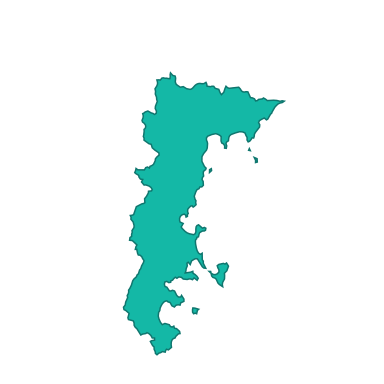 Ubatuba, São Paulo, Brazil, rotated 322°
{"feature_id": "56859067B10562260302703", "entity_name": "Ubatuba", "entity_type": "district", "adm_level": 2, "iso_a3": "BRA", "parent_name": "Brazil", "parent_adm1": "São Paulo", "projection": "natural_earth1", "projection_center": [-45.033, -23.396], "detail": "fine", "context": "isolated", "style": "filled", "palette": "teal", "viewbox_px": 384, "rotation_deg": 322, "n_neighbors": 0, "source": "geoboundaries", "source_scale": "gbopen_adm2", "svg_char_len": 6073}
<svg xmlns="http://www.w3.org/2000/svg" viewBox="0 0 384 384"><g transform="rotate(322 192 192)"><path d="M248.4,84.9L247.0,86.1L245.9,87.7L244.4,89.1L243.1,88.0L242.1,86.7L240.8,85.8L239.7,84.4L238.4,83.7L236.0,84.3L234.8,83.1L233.3,82.1L232.5,84.1L231.3,85.7L229.5,86.8L226.4,87.9L225.2,90.3L223.4,92.2L222.4,95.5L221.1,97.4L220.5,99.2L216.0,101.9L214.4,103.6L213.8,106.3L212.2,108.0L210.2,107.8L209.6,106.0L208.6,104.7L207.1,101.0L204.2,100.1L202.8,100.2L201.4,99.9L200.5,102.0L199.1,103.4L196.7,104.8L196.1,106.4L196.6,108.2L196.6,110.5L195.7,112.1L194.2,113.1L192.8,113.1L191.6,114.8L189.1,117.3L187.8,118.3L187.5,119.9L186.1,121.6L187.8,127.5L189.2,129.3L187.9,132.7L188.5,136.0L190.0,140.8L188.8,142.6L185.6,142.8L183.5,143.4L182.3,144.7L178.7,146.5L176.9,146.5L174.7,145.9L173.2,146.9L172.3,144.9L170.5,144.3L168.1,145.3L163.0,141.2L162.4,139.0L160.9,140.3L158.8,141.5L159.1,143.1L160.2,146.0L159.4,147.7L159.3,150.1L160.9,151.8L158.4,153.0L158.5,157.0L160.0,158.0L161.8,160.8L162.5,163.2L162.2,165.5L160.8,166.2L158.2,164.6L157.0,165.9L153.5,167.4L150.5,168.1L148.3,171.4L146.9,171.3L145.3,170.5L139.1,169.3L132.2,173.8L130.8,173.6L128.9,172.5L128.4,174.5L127.1,175.8L127.2,179.3L125.7,182.8L124.4,184.3L120.9,185.5L120.2,186.9L118.4,188.1L117.1,189.8L115.1,189.7L113.1,191.6L115.1,193.6L116.0,199.8L114.0,200.7L112.0,202.3L113.2,203.1L111.3,207.0L110.9,208.6L112.1,209.7L112.6,212.0L112.1,214.0L111.9,216.6L110.1,217.8L106.8,219.2L104.3,220.9L102.7,221.2L99.4,223.5L97.8,223.5L95.9,224.6L92.7,224.8L90.6,225.5L86.9,228.1L83.6,229.7L81.6,230.3L80.5,231.9L79.0,233.0L77.2,233.7L76.3,235.6L72.0,237.9L69.7,240.0L67.1,240.6L66.0,242.8L66.9,244.7L67.7,248.9L64.1,251.6L63.4,253.4L66.4,257.4L65.8,259.4L64.3,261.5L64.0,263.6L64.4,265.9L63.6,273.2L65.5,273.5L68.5,275.1L69.9,275.1L70.9,277.2L71.3,279.7L70.8,282.6L72.6,284.0L71.3,285.7L68.6,284.3L67.2,284.1L66.4,288.8L66.7,290.8L65.3,292.7L64.7,295.3L63.8,296.7L64.2,298.7L66.8,298.6L68.4,299.3L70.4,299.5L72.3,301.7L73.6,300.7L75.1,300.2L76.2,301.9L80.2,301.8L81.6,299.4L83.4,297.4L85.2,296.3L87.0,296.0L88.8,296.6L90.3,295.8L94.0,295.4L95.4,296.2L96.4,294.2L95.7,290.1L94.3,288.6L95.1,286.5L93.2,286.2L92.2,284.7L92.4,282.6L89.7,278.9L86.9,278.2L86.9,275.3L87.8,271.7L89.0,269.0L91.6,266.3L93.6,265.6L95.5,263.8L97.8,262.6L99.8,261.8L102.0,261.4L103.4,261.5L105.1,262.2L105.4,263.8L106.7,265.6L106.1,269.3L107.3,271.8L109.7,271.4L111.6,272.3L113.0,273.8L114.8,272.4L118.3,273.2L119.7,271.4L120.1,267.0L118.5,267.8L116.7,266.5L116.3,264.2L117.3,259.3L116.1,257.4L114.4,257.0L113.3,255.9L113.6,251.5L112.5,249.8L113.5,247.6L115.2,246.2L117.1,246.9L117.9,249.1L119.6,250.0L120.6,249.0L122.4,249.5L124.3,249.0L126.4,248.9L127.0,250.7L129.3,250.8L131.1,252.7L131.5,255.2L134.4,258.0L136.2,258.7L137.4,259.7L138.4,261.4L140.8,261.0L141.7,264.7L143.8,263.8L144.0,261.5L143.6,258.9L142.8,256.7L143.8,255.0L141.5,254.3L136.8,251.6L138.5,250.5L140.2,248.8L142.8,247.3L144.2,245.0L145.8,245.0L145.9,248.1L149.3,246.0L152.6,246.4L154.0,246.9L155.1,248.1L154.1,257.2L154.5,259.2L155.9,260.6L157.0,255.1L158.3,253.5L158.4,251.7L162.3,246.5L160.3,246.3L159.5,244.3L159.9,241.5L161.0,238.7L162.8,235.2L164.2,233.1L165.5,231.8L166.9,231.7L167.9,230.7L169.5,231.3L171.4,229.7L173.0,228.7L176.3,229.2L177.5,230.2L179.0,230.5L180.6,229.1L179.9,227.5L178.0,227.0L177.0,221.9L175.3,221.5L173.8,222.0L172.2,223.6L170.7,225.6L168.9,226.8L167.1,226.7L164.3,223.4L163.0,221.2L162.3,218.8L161.8,214.6L162.0,212.9L165.7,211.4L164.1,208.3L164.7,206.8L166.1,205.0L167.7,204.1L169.3,203.8L170.9,204.1L172.3,204.7L172.7,206.4L171.9,208.1L173.4,208.4L174.4,207.0L175.8,206.6L176.5,204.7L178.0,203.0L180.1,202.5L182.2,202.3L183.6,202.9L183.6,204.6L185.0,204.7L187.4,204.5L188.5,202.4L189.7,201.4L190.0,199.4L191.2,196.7L195.3,194.1L197.5,193.2L199.5,193.7L201.3,192.9L202.9,194.0L205.1,193.7L207.3,190.5L207.6,188.3L209.2,187.0L211.0,186.6L212.3,184.3L213.5,183.0L214.9,182.7L216.5,182.8L217.8,181.9L217.5,179.6L218.7,173.9L221.6,170.3L224.8,168.9L229.2,167.9L231.1,166.7L234.1,163.4L234.8,162.0L235.4,159.9L236.8,158.2L238.8,157.7L243.0,158.9L245.1,159.9L246.7,160.7L248.0,162.7L248.8,164.5L249.1,166.2L246.3,169.7L245.6,171.7L246.4,173.5L246.2,175.7L244.7,177.5L245.9,178.7L247.8,177.0L248.6,174.7L250.1,173.9L252.2,174.1L254.6,171.7L256.4,170.8L258.3,170.8L262.7,172.2L266.6,173.8L267.9,174.9L269.0,176.0L270.1,178.1L269.3,180.9L269.0,183.0L267.4,184.9L267.1,187.1L268.7,187.5L270.9,187.0L272.8,186.3L273.8,187.4L275.1,186.6L276.9,184.8L278.9,184.0L285.2,182.4L286.8,180.7L287.1,178.4L289.0,177.3L291.2,177.5L294.5,178.2L295.1,181.0L296.5,181.2L301.9,179.0L303.2,179.0L304.5,178.2L309.4,176.2L311.7,175.8L313.9,175.6L315.9,176.0L318.2,177.1L320.6,177.2L319.2,175.6L317.3,174.8L315.2,172.1L312.9,170.0L307.6,166.3L307.1,164.0L306.2,161.9L304.7,161.9L301.4,160.0L299.8,160.2L298.2,159.4L298.6,157.1L297.6,155.1L296.2,153.6L297.7,147.5L296.3,146.2L295.0,145.6L293.9,144.6L293.2,142.9L293.5,140.6L293.3,138.2L285.0,133.1L284.2,131.6L283.9,129.6L281.8,130.7L278.4,133.0L275.1,133.4L275.3,130.9L276.3,127.6L274.1,124.6L274.2,122.1L272.8,120.9L271.4,120.4L269.0,117.9L270.1,115.9L270.5,114.2L268.0,113.9L266.4,112.7L265.1,111.3L263.6,110.4L261.8,109.9L260.0,109.9L256.6,110.5L254.9,110.5L253.6,109.9L251.3,107.2L250.0,103.6L247.3,102.2L246.2,98.9L245.9,97.1L246.6,95.0L249.2,92.2L250.1,90.3L248.6,88.3L248.4,84.9ZM157.0,267.8L155.8,270.3L155.9,272.2L157.0,273.8L157.4,275.6L156.4,279.7L156.6,281.7L157.9,285.5L158.9,283.6L160.5,282.1L164.1,280.5L166.3,277.9L167.5,276.0L171.0,275.5L175.1,272.9L175.5,269.2L173.6,269.1L172.8,267.6L168.6,265.6L166.5,265.6L165.7,267.7L165.3,269.9L163.9,271.7L161.3,272.0L159.4,271.4L158.1,270.2L157.0,267.8ZM120.7,290.8L123.4,288.6L125.1,288.5L122.8,285.3L121.3,283.9L119.9,285.1L118.5,287.0L118.3,288.9L120.0,289.5L120.7,290.8ZM261.9,208.6L263.8,205.8L262.3,203.1L261.6,206.2L260.2,207.9L261.9,208.6ZM217.8,187.4L220.6,187.2L221.6,185.5L219.6,185.2L217.8,187.4ZM263.9,193.1L262.3,194.0L263.4,195.3L263.9,193.1ZM157.0,267.8L157.8,266.1L156.6,265.1L157.0,267.8Z" fill="#14b8a6" stroke="#0f766e" stroke-width="1.5"/></g></svg>